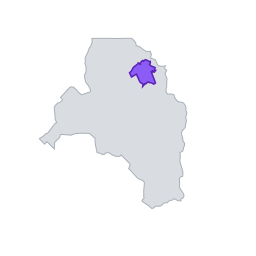 Juba, Central Equatoria, South Sudan (highlighted), rotated 225°
{"feature_id": "79223893B61077901252755", "entity_name": "Juba", "entity_type": "district", "adm_level": 2, "iso_a3": "SSD", "parent_name": "South Sudan", "parent_adm1": "Central Equatoria", "projection": "orthographic", "projection_center": [31.407, 4.711], "detail": "fine", "context": "in_parent", "style": "filled", "palette": "violet", "viewbox_px": 256, "rotation_deg": 225, "n_neighbors": 0, "source": "geoboundaries", "source_scale": "gbopen_adm2", "svg_char_len": 4136}
<svg xmlns="http://www.w3.org/2000/svg" viewBox="0 0 256 256"><g transform="rotate(225 128 128)"><path d="M196.2,186.5L189.7,193.2L189.2,193.6L188.4,194.1L185.7,194.1L183.0,193.8L180.4,192.1L177.9,193.4L176.3,193.8L175.3,194.0L173.0,194.2L169.8,194.9L168.3,195.8L167.5,196.5L166.9,197.8L166.6,197.9L166.0,197.8L165.2,197.3L163.4,196.5L162.6,194.9L161.8,193.9L161.1,193.4L158.4,195.0L157.1,195.4L156.0,195.3L154.0,194.4L151.8,193.6L150.7,193.6L149.0,194.6L147.1,196.1L146.1,197.5L145.6,198.4L145.0,197.1L144.3,196.3L143.4,195.9L141.6,196.2L141.1,195.8L141.0,194.7L140.8,193.6L140.3,192.8L138.9,192.0L135.3,190.5L132.5,187.3L131.1,185.8L130.0,184.9L128.6,182.4L126.9,180.7L124.9,179.9L123.6,180.2L122.2,182.1L119.6,183.8L118.5,183.8L117.0,182.9L115.1,182.2L111.6,181.9L110.2,182.7L108.4,184.1L106.8,184.8L105.8,184.9L104.9,184.6L103.9,184.4L103.0,184.4L101.2,183.2L100.3,182.3L99.6,181.4L98.6,180.9L97.4,180.4L96.5,179.6L96.1,178.7L95.4,177.4L94.6,176.3L91.8,174.4L91.0,173.2L90.4,172.1L89.3,170.8L88.1,169.1L87.7,166.7L87.7,164.7L87.4,163.8L86.9,162.9L86.3,162.1L85.3,161.2L83.1,160.0L80.8,158.5L79.6,157.6L77.5,157.3L76.3,156.5L75.2,154.6L74.8,153.1L73.7,152.0L73.3,151.2L73.0,150.2L73.9,147.3L72.7,146.3L70.9,144.9L69.6,143.4L68.8,142.1L66.4,140.3L61.3,137.6L58.4,135.9L56.8,134.4L55.4,132.9L55.2,132.3L56.2,130.8L56.3,129.6L55.6,128.2L52.6,125.7L50.2,122.8L48.3,122.0L43.9,121.1L42.6,120.8L41.3,120.3L40.0,119.0L39.6,117.5L40.3,115.2L39.9,114.4L39.1,114.2L39.3,113.7L40.2,112.6L41.6,111.8L45.3,110.7L45.5,110.3L45.6,108.8L45.9,108.1L47.2,106.0L47.4,105.2L47.5,103.5L47.7,102.6L48.0,102.1L49.1,101.0L49.4,100.4L49.6,99.1L49.6,96.4L50.1,95.4L52.5,93.0L53.1,92.0L53.3,91.0L53.3,90.0L53.5,89.1L54.2,88.1L54.8,87.8L56.5,87.6L57.6,87.8L65.8,86.2L66.7,86.4L67.1,87.4L67.1,89.0L67.2,89.7L67.6,90.3L68.9,91.0L69.8,92.2L70.2,92.7L71.5,93.6L77.5,100.7L79.2,101.4L80.9,101.1L84.2,99.7L85.8,99.3L97.4,99.8L98.6,99.6L100.4,103.2L101.3,104.0L113.9,104.1L113.7,103.1L113.9,102.0L116.1,99.8L116.5,99.5L118.4,98.5L120.3,97.8L124.0,97.0L125.4,95.7L126.1,94.5L126.1,92.2L126.6,91.9L127.5,91.3L131.8,89.3L132.5,88.8L140.0,93.6L144.2,97.5L144.4,97.6L144.6,97.7L144.9,97.6L145.1,97.4L145.6,97.2L147.4,97.2L150.8,97.0L151.9,96.5L158.8,89.8L160.5,87.6L160.9,87.2L161.9,85.6L163.0,83.0L163.2,82.7L170.6,76.3L170.9,75.8L171.0,75.4L169.8,73.3L169.6,72.2L169.5,70.5L169.7,67.9L169.7,66.3L169.5,65.8L169.5,65.7L165.3,61.1L175.8,61.0L175.8,60.4L175.8,60.2L175.6,59.7L175.5,58.9L175.5,58.5L175.6,58.1L175.6,57.9L175.5,57.7L183.1,57.7L183.0,59.0L182.1,62.1L182.2,64.0L182.0,66.1L181.7,66.7L181.3,67.2L181.2,67.5L182.8,79.6L182.7,80.1L182.3,80.9L182.2,81.1L182.2,81.3L182.3,81.4L185.8,82.7L186.0,82.8L187.4,84.4L194.3,90.0L194.6,90.3L195.3,92.1L195.4,92.4L195.4,92.8L195.4,93.1L195.2,94.2L195.3,94.7L195.4,95.0L195.5,95.4L195.5,95.5L195.4,95.7L194.4,97.8L194.1,99.3L194.0,100.5L194.1,101.2L194.2,101.7L194.3,101.8L197.4,101.9L197.4,102.6L197.8,113.3L197.9,114.6L197.7,116.1L197.4,116.7L196.6,117.5L195.5,118.3L192.8,118.5L190.6,118.5L189.0,118.3L186.8,118.3L184.8,118.5L184.0,119.1L181.3,124.9L180.5,126.3L180.3,127.1L180.5,127.6L181.6,128.4L183.9,129.4L186.6,130.0L188.6,130.2L189.9,130.5L191.0,130.8L194.8,133.4L196.0,134.6L196.7,135.7L196.8,136.8L197.4,138.0L200.9,141.6L204.2,143.2L205.4,145.1L206.7,146.1L207.8,147.1L208.4,148.6L209.9,152.9L210.9,155.1L211.9,157.0L212.3,160.0L213.1,161.3L213.9,163.0L215.2,164.5L216.6,165.6L216.9,165.9L202.7,180.0L196.2,186.5Z" fill="#d9dde1" stroke="#a8b0b8" stroke-width="1"/><path d="M160.0,190.3L159.9,190.2L160.6,189.7L162.2,189.5L164.1,188.5L164.3,186.2L165.2,186.3L165.5,185.8L165.5,184.2L165.4,182.4L164.5,181.8L166.8,181.2L166.6,180.9L166.4,180.5L167.1,174.8L165.9,170.6L166.0,168.1L161.6,166.5L160.1,172.0L152.3,169.0L151.2,169.0L148.3,169.6L147.0,167.8L147.1,169.9L147.7,170.7L147.2,171.6L146.7,171.6L146.5,172.7L146.8,173.5L146.0,175.1L145.1,175.1L143.5,176.5L140.8,177.2L140.4,179.3L151.1,184.1L150.3,184.8L151.3,185.3L151.1,186.1L150.3,185.7L148.9,186.1L149.2,188.3L150.0,187.7L151.6,189.9L155.6,188.2L157.6,188.1L158.2,189.8L159.4,190.9L160.0,190.3Z" fill="#8b5cf6" stroke="#5b21b6" stroke-width="1.5"/></g></svg>